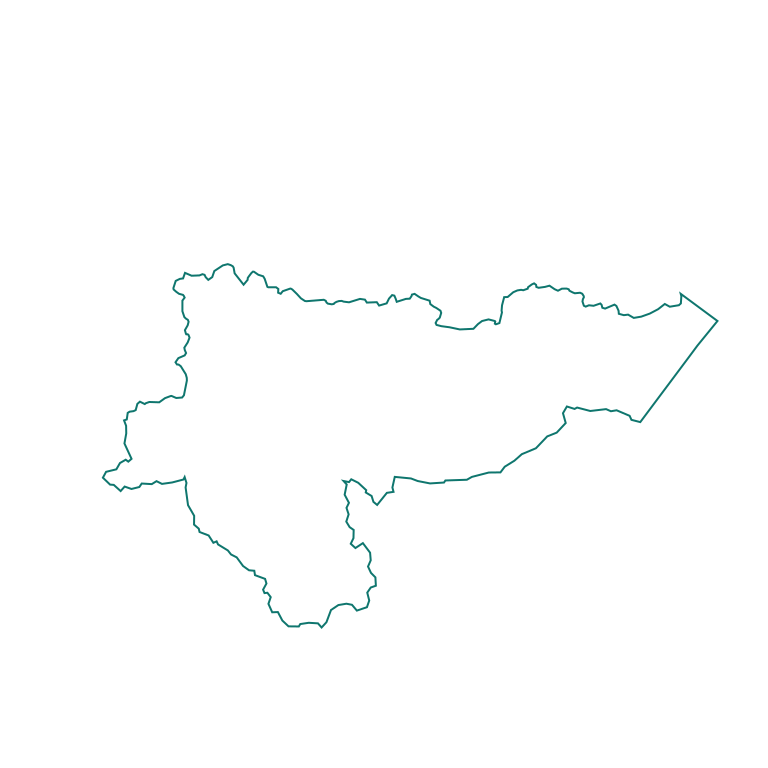 outline of Lemhi, Idaho, United States of America, rotated 307°
{"feature_id": "52423323B85740056665461", "entity_name": "Lemhi", "entity_type": "district", "adm_level": 2, "iso_a3": "USA", "parent_name": "United States of America", "parent_adm1": "Idaho", "projection": "robinson", "projection_center": [-113.907, 44.967], "detail": "fine", "context": "isolated", "style": "outline", "palette": "teal", "viewbox_px": 768, "rotation_deg": 307, "n_neighbors": 0, "source": "geoboundaries", "source_scale": "gbopen_adm2", "svg_char_len": 4138}
<svg xmlns="http://www.w3.org/2000/svg" viewBox="0 0 768 768"><g transform="rotate(307 384 384)"><path d="M507.8,611.6L589.5,611.3L603.3,611.2L635.0,612.4L634.6,566.7L633.1,568.6L627.0,572.6L624.4,572.1L617.7,565.7L616.9,560.1L608.7,557.9L600.2,553.9L592.6,548.9L587.1,543.7L586.3,537.2L583.3,534.1L581.4,529.3L583.7,527.2L586.2,522.6L586.1,520.3L577.3,515.2L576.3,512.5L578.2,510.1L578.5,508.3L572.6,504.3L570.2,500.3L567.2,498.5L566.8,496.5L569.3,492.9L571.4,491.8L573.6,491.4L574.4,490.6L575.4,488.0L574.9,485.7L571.3,481.8L570.7,479.6L570.1,476.0L570.8,474.5L570.1,472.4L567.2,468.7L563.2,466.8L562.4,463.3L562.1,457.0L558.4,454.1L553.9,449.6L553.2,447.3L554.7,445.8L554.7,443.3L552.4,442.1L548.0,440.8L546.6,441.4L542.7,438.8L541.7,436.8L539.0,434.2L535.1,432.0L527.9,430.4L525.7,427.7L517.9,430.9L513.3,433.8L512.2,435.1L502.1,439.5L499.0,437.4L498.9,436.2L500.9,435.2L501.0,434.6L498.5,428.6L493.3,424.4L488.4,423.0L481.9,422.2L473.2,411.7L468.7,402.1L464.7,395.0L462.8,390.4L463.8,388.5L467.2,387.9L468.8,388.4L470.6,388.6L475.2,386.9L476.5,385.0L476.2,379.9L475.7,377.2L475.7,372.9L478.0,370.3L474.9,361.6L474.6,358.7L474.4,354.2L472.2,352.5L470.7,353.1L467.6,353.2L465.2,350.3L457.3,344.7L459.2,341.9L460.8,339.1L459.9,337.0L455.2,336.6L450.0,337.6L443.7,332.9L445.0,329.0L438.7,321.3L439.9,318.0L437.5,313.6L428.2,306.9L425.5,302.2L424.9,300.2L423.1,298.1L421.0,296.6L418.8,295.7L417.7,295.7L416.2,294.3L414.4,290.8L414.5,289.0L415.4,287.4L415.0,285.2L403.5,272.3L402.7,270.9L402.4,266.1L403.5,260.2L404.3,253.9L404.1,252.3L403.8,251.7L397.2,247.3L393.9,247.2L393.2,244.5L396.3,242.4L396.3,239.6L391.6,233.3L391.4,232.4L396.2,225.4L397.3,222.7L395.6,217.9L395.4,212.6L394.9,211.7L392.8,211.3L388.3,211.3L386.7,211.4L385.1,212.4L378.8,212.1L382.5,198.1L386.4,193.9L387.0,192.4L386.7,190.0L385.7,187.1L381.7,183.9L372.1,180.5L366.0,182.5L361.4,181.0L362.0,177.3L363.2,175.0L362.4,172.9L359.7,171.3L354.7,165.2L353.0,158.2L347.4,160.0L345.1,157.7L341.0,155.6L333.8,158.1L332.9,159.1L332.6,162.7L332.7,166.1L334.2,169.8L333.9,171.1L333.0,172.8L329.3,172.8L320.8,179.2L317.3,184.3L317.0,186.5L317.2,188.7L316.1,190.5L312.7,191.9L307.2,192.6L304.9,195.6L304.7,196.2L305.6,197.3L305.5,198.4L304.0,200.8L299.1,202.2L292.8,202.7L291.2,204.5L289.6,207.3L286.9,207.6L280.9,204.2L275.9,204.4L275.0,206.9L275.9,208.3L275.9,211.0L272.5,219.8L270.2,222.8L268.1,224.5L254.6,231.0L251.7,230.9L247.8,226.5L246.6,221.5L245.9,220.8L240.9,217.6L234.1,215.5L228.4,207.4L225.4,205.4L224.0,205.0L223.0,199.7L219.7,199.0L213.7,201.4L211.6,200.3L208.8,197.5L206.7,196.7L200.9,199.9L198.5,198.3L195.4,203.2L189.4,207.9L180.3,212.5L172.3,227.4L168.1,226.5L168.1,223.3L162.0,220.7L154.8,221.6L146.6,214.9L140.0,215.9L138.8,225.8L140.8,228.9L140.0,238.1L146.0,238.6L148.2,245.5L154.5,250.6L158.7,250.4L164.3,258.8L169.5,260.8L170.6,266.8L177.9,274.1L187.0,281.3L189.7,280.8L186.1,285.8L182.0,287.8L169.3,300.4L164.5,311.7L157.4,316.9L157.0,323.1L154.8,325.8L157.5,335.1L154.5,343.3L157.6,345.0L156.0,348.0L157.1,359.5L155.8,364.4L156.9,370.7L153.8,381.0L154.0,388.3L156.8,392.8L153.7,396.0L156.8,406.3L153.9,410.2L147.0,411.2L145.1,414.4L147.1,416.5L145.6,421.8L138.9,424.0L134.4,432.1L138.0,436.5L133.9,445.2L133.0,453.6L139.1,461.9L141.9,461.6L148.0,467.6L153.1,475.3L152.0,480.7L159.1,481.4L171.6,477.7L180.0,480.6L185.9,486.2L188.4,491.3L186.7,498.7L195.5,504.7L202.2,502.5L207.3,496.2L213.5,495.9L218.0,498.9L224.4,493.5L225.3,487.3L228.6,481.1L235.2,479.5L240.9,474.4L244.2,462.9L235.8,459.9L236.4,453.6L242.5,452.4L249.2,447.6L249.0,442.7L251.4,436.7L258.6,434.2L262.5,428.6L268.0,427.5L271.9,419.2L281.3,414.7L282.2,410.1L284.6,415.1L288.2,415.2L289.6,422.9L288.5,433.7L286.4,434.7L287.1,441.5L283.5,446.5L283.3,451.3L298.8,451.8L303.6,456.5L306.4,453.0L316.3,448.5L324.8,462.4L326.8,469.3L332.3,480.6L341.4,491.2L343.9,491.1L357.4,507.8L362.7,510.1L376.4,521.0L383.5,530.2L390.6,530.2L401.2,534.3L410.9,536.3L424.1,544.0L440.4,545.9L449.1,551.2L462.2,552.6L468.4,544.5L476.1,543.6L478.8,551.2L481.4,552.4L486.6,565.0L497.6,576.5L498.8,581.6L503.0,585.6L506.4,599.3L504.3,603.2L507.8,611.6Z" fill="none" stroke="#0f766e" stroke-width="2"/></g></svg>